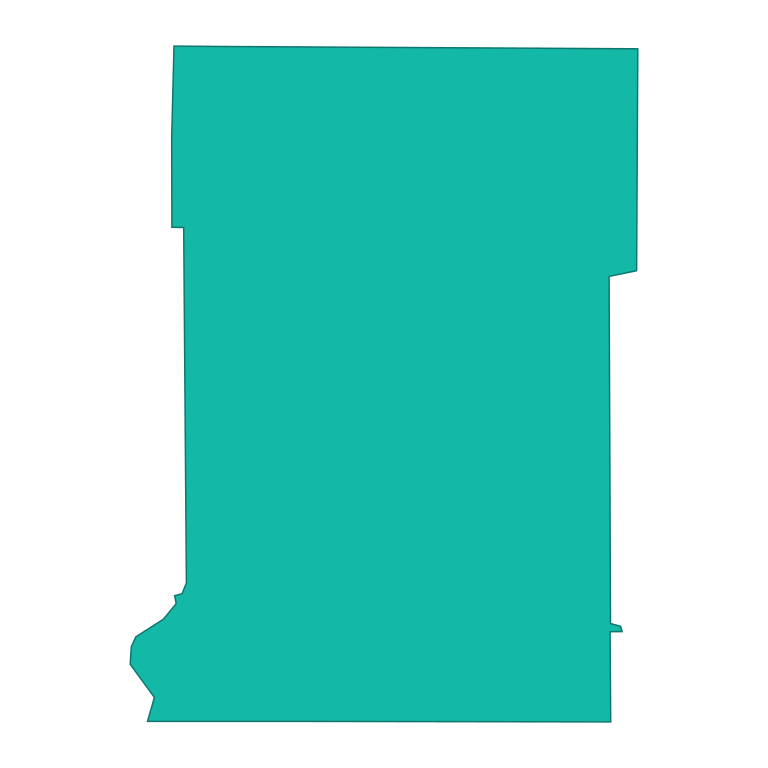 the district of Crow Wing, Minnesota, United States of America
{"feature_id": "52423323B96229669667129", "entity_name": "Crow Wing", "entity_type": "district", "adm_level": 2, "iso_a3": "USA", "parent_name": "United States of America", "parent_adm1": "Minnesota", "projection": "natural_earth1", "projection_center": [-94.145, 46.481], "detail": "fine", "context": "isolated", "style": "filled", "palette": "teal", "viewbox_px": 768, "rotation_deg": 0, "n_neighbors": 0, "source": "geoboundaries", "source_scale": "gbopen_adm2", "svg_char_len": 428}
<svg xmlns="http://www.w3.org/2000/svg" viewBox="0 0 768 768"><path d="M637.8,48.8L225.5,46.5L174.0,46.1L171.7,136.6L171.9,227.3L183.7,227.5L186.4,583.0L182.1,593.7L174.6,595.7L176.2,603.6L163.4,619.2L135.8,636.9L131.3,646.7L130.2,664.3L154.4,697.4L147.5,721.4L300.3,721.4L610.7,721.9L610.1,631.7L622.1,631.6L620.6,626.3L610.5,623.5L609.1,276.4L636.6,270.7L637.8,48.8Z" fill="#14b8a6" stroke="#0f766e" stroke-width="1.5"/></svg>